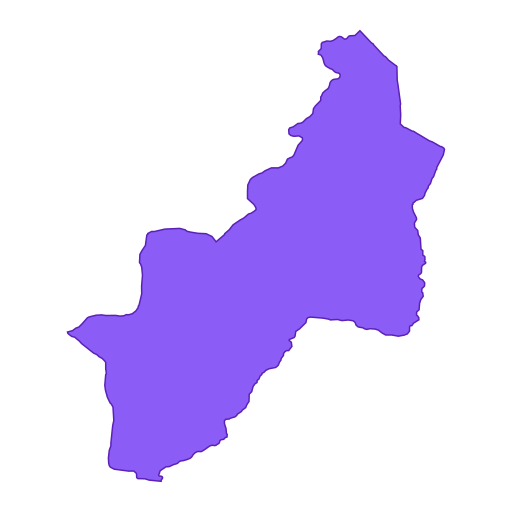 Esquipulas, Chiquimula, Guatemala (orthographic projection)
{"feature_id": "79465075B80702943511797", "entity_name": "Esquipulas", "entity_type": "district", "adm_level": 2, "iso_a3": "GTM", "parent_name": "Guatemala", "parent_adm1": "Chiquimula", "projection": "orthographic", "projection_center": [-89.268, 14.632], "detail": "fine", "context": "isolated", "style": "filled", "palette": "violet", "viewbox_px": 512, "rotation_deg": 0, "n_neighbors": 0, "source": "geoboundaries", "source_scale": "gbopen_adm2", "svg_char_len": 5778}
<svg xmlns="http://www.w3.org/2000/svg" viewBox="0 0 512 512"><path d="M318.4,51.4L318.5,52.1L318.4,53.2L318.3,54.2L319.4,54.6L320.0,54.7L320.6,54.9L321.3,55.6L322.1,56.9L322.5,57.5L322.8,58.2L323.2,59.7L323.6,61.0L324.0,62.7L324.5,64.0L325.2,65.3L326.0,66.1L327.3,67.0L329.0,67.9L329.6,68.3L330.4,68.8L331.7,69.1L332.7,69.7L333.5,70.7L334.1,71.2L334.7,71.7L335.3,72.2L336.0,72.5L336.6,72.7L337.8,72.9L339.0,73.3L339.8,74.1L340.1,75.0L340.1,75.7L340.0,76.4L339.6,77.2L339.2,77.9L338.5,78.4L337.6,78.9L336.8,79.0L336.1,79.0L335.3,79.2L334.0,79.3L333.3,79.5L332.6,79.9L331.7,80.5L330.8,81.5L330.1,82.6L329.7,84.3L329.4,85.7L328.8,87.2L328.2,88.4L327.5,89.0L325.6,90.4L324.3,91.5L323.8,92.0L322.9,92.8L322.4,93.7L322.0,94.9L321.7,95.5L321.4,96.1L320.8,96.9L320.7,100.5L315.5,105.8L313.5,108.6L312.8,113.5L309.9,116.6L306.4,118.6L302.9,122.1L300.8,123.2L297.9,123.5L293.1,126.9L289.8,127.9L288.7,129.6L289.0,133.9L290.9,135.5L293.9,136.3L298.9,135.9L302.3,137.8L302.5,138.8L302.3,140.5L298.1,145.2L293.9,155.1L292.1,157.1L290.2,157.7L287.4,159.1L285.7,163.1L282.7,166.1L278.3,167.9L271.3,167.9L265.0,170.8L262.0,173.0L259.1,173.8L252.5,177.5L250.4,179.4L247.8,185.0L247.5,191.1L247.5,198.6L254.0,204.5L255.8,207.6L256.2,209.3L254.8,210.8L251.2,213.2L248.5,214.0L243.7,218.1L240.0,220.1L233.1,224.8L229.3,229.7L224.8,233.6L224.4,234.7L216.1,241.8L212.0,236.5L206.1,233.7L197.9,233.3L190.5,232.1L187.1,231.3L185.1,229.8L179.7,228.4L164.8,229.1L154.5,231.5L151.6,231.5L148.9,232.9L147.8,233.5L147.8,234.2L146.8,235.1L145.4,245.5L142.1,250.4L139.9,254.4L139.5,262.6L140.6,264.1L141.7,267.2L142.5,275.3L141.6,286.0L141.7,293.9L139.0,305.3L138.3,306.1L138.2,307.5L135.8,311.0L132.2,313.8L128.4,314.8L126.4,314.6L123.8,315.8L119.9,316.1L115.7,315.4L105.9,315.5L101.7,314.9L96.1,315.2L89.6,316.8L88.5,317.2L87.4,317.8L82.3,323.6L78.8,327.1L75.9,328.1L72.6,330.6L69.0,331.6L67.5,332.0L67.8,333.2L68.3,333.8L68.9,334.3L71.7,336.4L74.7,337.2L78.5,340.4L79.3,341.0L81.5,343.5L93.6,353.1L96.7,354.5L99.1,356.7L102.3,358.5L104.6,360.9L105.7,362.3L105.7,369.2L106.1,371.3L106.3,373.8L105.7,374.6L104.8,385.3L105.4,390.0L107.4,397.3L110.1,402.9L111.4,404.2L113.0,407.2L113.8,420.4L112.7,425.6L110.9,443.0L110.9,445.9L109.3,450.2L108.4,458.0L108.7,463.3L109.3,465.7L110.4,467.2L114.3,469.2L128.7,471.1L133.7,471.0L135.7,472.7L136.5,473.7L136.7,477.6L137.8,478.6L144.9,478.8L149.2,480.1L161.1,481.3L161.1,480.6L161.5,479.7L162.4,478.5L162.6,477.6L162.2,476.7L161.7,476.4L161.0,476.2L160.3,476.1L159.5,476.0L158.9,475.7L158.6,474.9L159.0,474.1L159.4,473.5L159.5,472.6L159.8,471.8L160.0,471.1L160.5,470.6L161.1,470.1L161.8,469.6L162.7,469.0L163.5,468.5L164.4,467.9L165.7,466.9L166.3,466.8L167.0,466.7L167.9,466.8L168.9,466.6L169.7,466.4L171.0,465.8L172.2,465.2L173.1,464.8L174.0,464.5L174.8,464.2L175.7,464.0L176.4,463.8L177.3,463.4L177.9,463.0L178.5,462.4L179.1,461.8L179.6,461.4L180.6,461.0L181.7,460.8L182.4,460.7L183.1,460.7L184.1,460.4L184.8,460.2L185.9,459.9L187.1,459.5L188.4,459.0L189.4,458.6L190.1,458.3L191.0,457.6L191.5,457.1L192.0,456.5L192.7,455.4L193.2,454.6L194.1,453.7L195.0,452.9L195.7,452.4L196.9,451.8L198.0,451.5L199.1,451.5L200.0,451.6L200.8,451.6L201.5,451.5L202.2,451.1L203.9,450.1L208.7,446.7L209.7,446.1L210.5,445.7L211.9,445.3L212.8,445.3L213.9,445.5L214.8,445.6L216.0,445.3L216.6,444.8L217.4,444.2L218.1,443.9L218.9,443.4L219.3,442.7L219.6,441.8L219.9,440.9L220.4,440.2L221.3,439.7L222.1,439.5L222.8,439.5L223.7,439.3L224.1,438.9L224.9,438.0L225.4,437.5L227.0,437.0L227.2,434.3L226.5,433.5L226.0,428.5L224.5,423.8L224.4,420.9L225.7,419.3L229.3,419.0L230.1,418.3L234.9,416.9L236.6,415.6L237.5,414.1L241.3,411.6L242.3,410.1L245.7,407.6L246.8,404.8L249.0,401.4L249.2,394.2L251.7,391.7L253.1,386.5L254.9,383.9L257.0,382.5L257.2,380.4L258.9,379.1L260.0,376.2L261.8,374.5L262.0,373.4L264.5,371.9L265.6,370.5L268.9,368.8L275.5,367.5L276.7,366.7L278.3,365.1L279.6,361.9L280.9,360.2L281.2,358.5L283.5,355.4L283.5,353.6L284.9,351.7L286.6,350.6L288.7,350.6L291.9,346.4L291.3,342.2L289.8,341.0L289.1,340.4L289.3,339.5L294.2,337.5L295.0,336.3L295.8,331.4L299.6,328.8L305.9,322.6L306.7,318.8L308.3,317.5L310.7,317.1L322.8,318.1L329.0,319.2L330.2,319.9L337.6,319.5L341.9,320.6L348.3,320.0L353.2,320.8L355.1,322.4L356.0,325.0L357.8,326.7L359.2,327.2L363.0,327.8L364.5,328.8L366.9,329.4L370.0,328.7L375.3,329.1L378.3,330.1L382.4,333.2L385.7,335.0L391.7,335.0L398.4,336.2L404.3,335.1L407.4,333.9L409.5,331.1L409.6,326.8L410.1,325.8L411.9,325.6L413.5,323.2L418.9,319.8L418.8,317.7L417.7,316.0L416.6,315.1L416.6,312.2L417.3,311.4L419.1,309.7L419.6,303.3L420.8,299.6L423.2,296.3L422.7,292.7L421.9,292.2L421.7,291.2L422.0,288.3L423.2,287.5L424.5,286.0L424.7,282.8L422.7,280.0L420.0,278.8L418.3,276.6L418.6,275.1L420.8,273.6L421.5,272.3L421.6,267.3L422.3,265.5L425.6,263.2L425.7,262.2L424.5,261.4L425.0,259.3L424.8,256.5L422.8,255.0L422.8,250.7L421.0,249.1L420.3,238.0L418.3,234.8L417.7,230.5L414.7,227.2L414.6,226.1L414.4,223.0L416.6,219.4L416.4,217.7L413.6,212.2L412.4,208.4L412.3,204.7L413.0,204.3L413.1,202.9L414.0,202.4L416.3,200.3L422.5,198.4L424.6,195.3L424.9,193.5L427.0,189.2L427.9,188.4L428.6,185.7L430.4,183.6L432.0,178.6L433.6,176.6L435.8,170.3L436.7,169.2L436.8,167.4L443.3,154.9L444.5,149.4L443.9,148.2L441.6,146.6L440.6,146.6L432.3,141.9L429.1,140.7L419.0,134.6L417.2,133.6L413.6,131.3L412.2,131.1L406.7,128.2L405.4,127.6L404.1,127.5L400.3,123.9L400.7,114.9L400.2,105.7L400.6,104.0L398.1,85.7L397.2,80.1L396.9,66.5L396.1,65.6L395.4,65.3L388.5,60.1L385.5,56.7L384.0,56.0L374.0,45.3L372.9,43.6L371.5,43.0L367.0,38.2L364.9,36.0L359.9,30.7L355.0,35.5L350.0,35.8L348.8,36.2L346.6,38.7L344.6,39.2L341.4,36.8L340.0,36.5L339.2,36.5L337.6,37.2L336.6,38.2L333.1,40.5L330.4,41.3L326.8,41.0L322.2,42.5L321.3,43.9L321.2,48.6L318.4,51.4Z" fill="#8b5cf6" stroke="#5b21b6" stroke-width="1.5"/></svg>